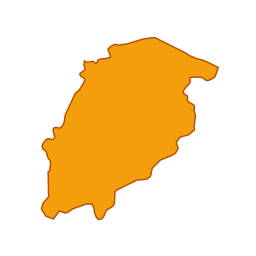 outline of Verona, rotated 80°
{"feature_id": "ITA-5464", "entity_name": "Verona", "entity_type": "Province", "adm_level": 1, "iso_a3": "ITA", "parent_name": "Italy", "parent_adm1": "", "projection": "natural_earth1", "projection_center": [11.016, 45.444], "detail": "fine", "context": "isolated", "style": "filled", "palette": "amber", "viewbox_px": 256, "rotation_deg": 80, "n_neighbors": 0, "source": "natural_earth", "source_scale": "10m", "svg_char_len": 2323}
<svg xmlns="http://www.w3.org/2000/svg" viewBox="0 0 256 256"><g transform="rotate(80 128 128)"><path d="M141.3,62.8L145.3,69.7L145.8,76.7L146.5,78.5L147.6,80.1L148.9,81.5L150.3,82.5L152.0,83.0L155.2,82.2L157.0,82.3L160.9,85.5L162.8,90.4L165.1,101.5L171.5,110.8L174.2,112.2L177.1,113.1L179.7,114.6L181.4,117.8L181.5,121.3L180.8,128.4L187.2,150.0L188.1,151.3L189.2,152.1L199.6,154.4L202.0,156.1L203.2,158.1L204.9,162.8L206.3,164.3L211.2,167.5L212.9,169.9L213.0,173.2L210.3,174.7L207.3,175.5L204.2,175.7L201.3,175.4L196.7,176.6L195.6,182.3L198.0,196.4L200.5,202.1L200.8,204.6L199.3,207.3L198.9,207.9L197.8,209.9L204.6,217.3L200.7,224.0L192.7,227.4L187.2,224.7L182.0,218.1L157.4,214.3L156.1,212.3L150.0,210.6L147.8,210.3L146.3,210.5L145.5,211.0L144.4,211.6L142.9,212.1L137.1,212.7L136.4,213.1L135.6,213.7L134.8,214.6L133.4,215.6L132.0,215.8L130.7,215.6L129.1,214.7L128.1,214.0L125.7,211.2L125.2,210.5L124.8,209.7L124.6,208.8L124.8,207.8L125.1,207.0L125.9,205.4L126.2,204.5L126.0,203.4L125.0,202.2L124.0,201.7L122.9,201.7L120.2,202.1L117.7,202.2L116.4,201.9L115.5,201.4L115.2,200.9L115.0,200.3L114.9,199.5L115.0,198.7L115.2,198.1L115.9,196.5L116.1,195.8L116.2,195.0L115.9,194.1L115.3,193.2L113.7,191.5L112.6,190.6L111.0,189.8L104.2,187.5L84.7,173.9L84.2,173.2L83.1,170.8L82.1,169.3L75.8,163.8L73.9,162.6L72.3,162.2L71.5,162.5L70.8,163.1L69.8,164.5L69.1,165.1L68.3,165.7L67.1,166.1L66.3,165.9L65.6,165.4L65.2,164.6L64.5,162.7L64.0,161.7L62.9,160.4L61.8,160.0L60.7,159.9L58.6,160.5L54.4,159.3L56.2,157.0L56.3,150.8L58.5,148.9L58.5,147.3L55.9,145.7L55.3,143.5L55.8,138.5L55.4,133.2L52.4,133.0L47.2,134.2L44.9,131.4L43.9,128.6L43.5,126.8L43.5,125.5L44.3,124.0L44.8,123.6L45.0,114.1L43.0,97.5L43.2,90.5L43.8,85.7L64.1,58.3L67.2,55.1L71.6,48.4L74.6,41.7L75.6,40.1L84.1,28.6L92.0,33.0L92.8,34.0L93.9,35.7L94.2,37.3L95.0,39.8L95.1,41.3L94.9,42.4L94.3,43.1L91.7,45.5L91.3,46.2L90.8,47.1L90.5,48.0L90.3,48.8L90.2,49.8L89.2,54.8L89.1,57.1L89.6,58.2L90.4,58.7L92.5,58.4L93.9,59.1L95.6,60.6L98.5,64.6L100.1,66.3L101.5,67.3L102.5,67.4L103.5,67.1L104.2,66.7L104.9,66.1L106.0,64.7L106.6,64.2L107.6,63.9L110.9,64.8L111.8,64.5L112.6,64.1L113.2,63.6L113.8,62.9L116.5,59.4L117.4,59.0L118.6,58.8L120.8,59.5L122.4,59.8L123.7,59.9L125.8,59.5L126.8,59.4L127.9,59.5L137.8,62.6L141.3,62.8Z" fill="#f59e0b" stroke="#b45309" stroke-width="1.5"/></g></svg>